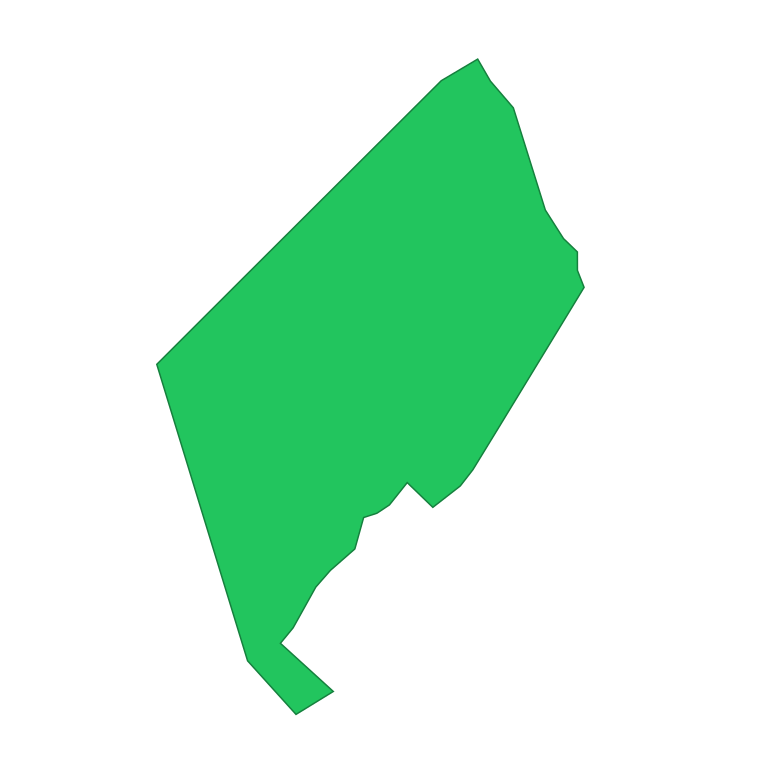 Pilões, Rio Grande do Norte, Brazil, rotated 314°
{"feature_id": "56859067B62972764518886", "entity_name": "Pilões", "entity_type": "district", "adm_level": 2, "iso_a3": "BRA", "parent_name": "Brazil", "parent_adm1": "Rio Grande do Norte", "projection": "mercator", "projection_center": [-38.028, -6.293], "detail": "fine", "context": "isolated", "style": "filled", "palette": "green", "viewbox_px": 768, "rotation_deg": 314, "n_neighbors": 0, "source": "geoboundaries", "source_scale": "gbopen_adm2", "svg_char_len": 517}
<svg xmlns="http://www.w3.org/2000/svg" viewBox="0 0 768 768"><g transform="rotate(314 384 384)"><path d="M682.8,225.7L642.0,214.5L361.8,209.1L240.3,206.9L90.1,478.2L85.2,550.2L127.6,561.1L125.5,489.6L145.5,488.0L190.6,476.0L212.7,474.9L245.1,477.6L273.8,462.1L286.2,468.7L300.8,471.9L329.2,469.2L329.2,504.8L363.7,509.7L384.0,507.5L436.7,495.8L558.8,468.4L592.5,460.8L600.1,444.2L613.3,431.4L613.3,412.1L621.2,379.2L672.5,285.2L675.8,250.1L682.8,225.7Z" fill="#22c55e" stroke="#15803d" stroke-width="1.5"/></g></svg>